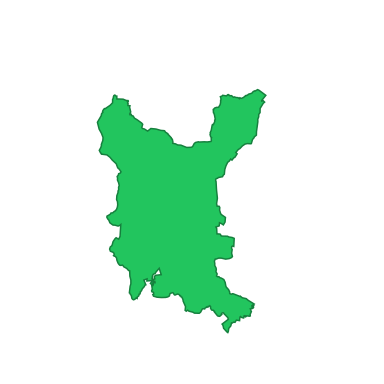 Bistrita, Bistrita-Nasaud, Romania, rotated 306°
{"feature_id": "2599482B91510163200898", "entity_name": "Bistrita", "entity_type": "district", "adm_level": 2, "iso_a3": "ROU", "parent_name": "Romania", "parent_adm1": "Bistrita-Nasaud", "projection": "albers", "projection_center": [24.486, 47.14], "detail": "fine", "context": "isolated", "style": "filled", "palette": "green", "viewbox_px": 384, "rotation_deg": 306, "n_neighbors": 0, "source": "geoboundaries", "source_scale": "gbopen_adm2", "svg_char_len": 6016}
<svg xmlns="http://www.w3.org/2000/svg" viewBox="0 0 384 384"><g transform="rotate(306 192 192)"><path d="M265.7,211.4L266.2,211.5L270.0,210.1L272.3,210.3L273.3,210.0L275.8,210.7L278.7,208.7L287.5,204.0L289.6,202.4L292.0,201.8L294.0,200.4L296.2,200.4L299.6,198.0L305.6,197.5L307.4,197.9L307.7,195.8L306.6,195.0L307.0,194.6L313.6,194.9L313.7,186.5L313.4,184.9L310.7,183.7L310.7,183.3L309.3,182.5L307.0,182.3L304.3,180.2L303.0,180.0L301.6,178.8L301.2,179.0L300.4,178.4L299.0,178.2L297.0,177.1L296.6,176.5L296.4,175.4L295.7,175.5L295.9,175.1L295.3,174.8L295.4,173.8L294.3,172.0L293.9,170.5L293.0,169.9L293.2,167.4L292.4,166.5L292.3,165.6L292.1,165.6L292.2,165.0L291.8,164.4L292.1,164.1L291.9,163.8L289.9,163.3L288.3,160.0L287.3,159.9L285.8,158.9L284.8,160.3L283.6,161.3L283.1,161.2L281.3,162.5L279.3,163.4L276.1,163.7L274.9,162.1L273.3,161.0L271.7,160.8L271.3,161.1L271.1,160.8L268.7,162.8L268.7,163.3L267.4,165.0L264.5,168.1L263.4,168.1L262.9,168.8L260.1,169.5L258.8,169.6L258.6,168.9L257.8,169.1L253.2,171.3L250.5,171.9L250.0,172.6L249.1,172.8L247.6,174.7L247.5,175.9L246.5,176.1L244.9,177.5L244.1,177.7L241.5,175.0L239.8,172.4L236.6,168.4L236.4,167.7L234.1,165.7L232.5,165.3L229.1,165.8L227.8,165.2L224.9,161.5L223.4,155.5L221.6,152.7L221.3,150.5L220.1,147.8L221.3,147.1L223.2,145.0L223.0,144.1L223.7,143.4L224.7,138.2L225.0,138.1L224.8,135.3L225.4,133.9L225.2,133.3L223.5,130.5L221.8,125.9L219.2,121.4L215.2,120.3L215.0,116.5L214.3,114.6L214.6,113.5L217.8,112.3L218.2,110.8L218.2,105.0L217.9,102.0L218.9,99.8L218.3,98.1L218.8,97.7L219.1,96.9L218.1,96.3L218.5,95.7L220.7,95.4L223.9,91.7L225.3,91.1L224.3,89.3L226.1,88.2L226.0,87.8L226.7,87.4L227.1,86.7L227.8,87.2L228.4,86.6L227.4,85.0L226.6,81.7L223.1,76.5L225.4,74.8L224.9,74.1L225.1,72.6L224.1,72.1L222.4,72.6L221.7,73.2L220.3,73.3L217.5,75.3L214.0,74.8L208.4,72.8L208.0,72.1L206.6,72.0L205.3,72.1L204.1,72.6L204.1,73.0L201.9,72.9L200.5,73.7L192.8,74.5L188.3,79.9L186.3,84.2L183.8,88.0L181.2,89.6L177.2,90.7L176.2,91.5L174.3,92.1L171.2,92.5L169.8,95.2L169.9,96.0L169.4,96.5L172.0,101.3L171.9,105.2L171.0,108.5L170.3,114.1L167.9,117.7L167.7,119.7L166.6,122.7L165.2,122.9L163.7,121.9L162.0,122.5L160.6,122.3L159.4,123.7L157.9,124.6L156.4,127.1L154.5,129.3L152.7,129.8L150.8,131.3L149.2,131.6L148.5,132.3L144.8,133.4L141.6,135.4L140.8,136.6L140.7,137.1L138.0,139.4L135.9,140.5L133.8,141.1L131.6,141.1L130.9,140.6L128.5,140.1L127.4,138.8L125.8,138.9L122.5,137.4L121.5,138.0L120.7,139.6L120.3,141.3L118.8,143.7L118.8,147.5L119.9,149.2L121.0,152.2L122.5,153.2L123.8,153.5L113.8,159.9L110.7,160.4L110.4,157.5L109.1,157.2L105.5,157.3L102.6,158.4L101.3,158.7L99.6,158.2L97.4,158.9L96.1,160.8L96.8,163.4L96.6,164.8L95.6,165.9L94.4,165.9L94.4,166.6L94.8,167.9L94.3,169.7L92.7,171.3L91.6,173.0L90.8,174.4L90.4,176.0L90.3,176.5L90.8,177.6L92.0,178.7L91.9,179.7L91.4,180.6L91.8,184.2L91.2,186.8L91.6,187.9L87.4,191.2L84.8,194.3L81.8,196.5L79.3,197.4L73.6,200.6L73.7,201.1L73.2,201.8L72.5,203.8L70.6,205.9L70.3,207.0L70.4,208.0L71.5,208.8L73.4,209.1L73.6,210.2L74.9,209.5L76.8,210.0L78.1,209.2L78.8,209.8L80.3,209.4L80.7,208.9L82.4,209.2L84.4,208.7L87.3,209.0L89.1,208.7L89.8,209.2L92.5,204.8L95.3,206.7L93.5,207.8L96.8,211.6L95.5,212.1L93.6,212.1L93.4,213.8L93.2,214.2L93.6,214.5L96.8,213.4L97.1,212.3L98.4,210.7L98.7,211.0L99.5,210.0L101.3,209.2L102.8,209.1L104.4,210.1L105.7,209.9L111.0,210.3L107.0,215.7L103.4,211.7L101.8,211.2L100.9,211.5L99.9,213.0L99.0,212.4L98.4,212.7L98.0,212.4L97.3,213.3L97.4,214.4L97.7,214.6L96.9,215.4L96.6,214.9L95.7,214.4L94.6,214.8L94.4,215.2L93.1,215.3L92.7,214.4L89.7,217.3L88.8,217.1L88.1,217.6L87.7,218.3L88.2,219.6L88.0,220.1L86.6,221.2L86.0,220.6L85.1,222.1L86.3,225.5L88.7,229.4L91.2,232.6L92.9,234.1L94.6,234.8L96.9,233.9L98.9,235.2L99.3,236.0L98.5,238.0L98.6,238.8L100.9,240.2L101.3,241.3L101.4,242.4L100.9,243.1L101.3,243.8L100.7,244.9L101.0,245.6L99.6,248.0L98.5,249.0L95.5,254.1L92.2,256.0L92.2,257.4L93.8,257.9L93.8,259.7L95.3,263.4L95.4,265.1L98.1,269.1L99.7,269.6L103.5,269.1L104.1,269.6L104.8,270.9L105.1,270.7L107.6,271.4L107.5,271.8L108.7,272.2L108.5,272.6L110.5,273.2L110.1,274.5L109.0,275.2L108.2,276.7L108.1,277.5L108.9,278.9L108.5,280.5L108.2,280.4L106.8,285.5L107.4,287.1L107.8,287.5L110.4,288.1L110.5,287.5L111.6,287.4L112.6,288.1L112.7,288.8L112.1,290.1L112.1,291.4L111.7,293.0L111.5,294.7L110.4,296.2L102.8,294.0L102.3,295.5L100.3,297.7L99.3,302.5L99.3,303.6L100.4,303.4L103.3,301.9L106.5,302.1L109.3,300.9L109.5,301.5L111.2,302.2L111.8,303.4L114.4,303.2L115.9,306.1L118.9,304.3L119.8,304.5L119.6,305.6L120.3,307.7L120.7,307.9L122.1,306.9L123.0,307.4L123.1,307.7L122.5,308.1L122.5,308.8L124.0,309.1L125.3,311.5L126.0,312.0L127.1,311.0L130.2,310.3L130.4,309.6L131.7,308.5L131.7,307.9L132.7,308.4L133.3,309.4L134.4,309.7L134.9,309.6L135.3,308.9L134.3,308.2L135.1,307.3L135.8,307.4L136.3,308.7L136.8,308.6L137.0,307.8L137.9,308.1L137.4,300.9L137.6,298.5L136.0,294.9L136.1,292.2L135.7,292.1L133.9,285.3L133.5,284.5L132.4,283.9L132.0,282.2L133.3,281.2L134.6,278.8L134.7,277.9L135.0,277.2L134.9,276.7L135.5,275.0L138.4,271.9L139.9,269.2L139.6,266.4L139.0,264.8L139.3,263.6L138.4,262.3L138.4,261.3L140.5,260.5L141.6,258.2L143.6,257.2L144.7,256.1L146.0,253.5L147.4,252.6L149.2,250.8L151.4,250.2L152.0,251.0L154.2,252.4L155.7,254.5L157.5,258.7L160.1,261.3L162.3,262.6L163.6,262.6L165.8,260.0L169.1,258.3L169.7,257.1L171.2,256.2L172.1,256.5L172.5,257.8L179.3,253.4L178.8,251.2L177.3,248.3L177.1,246.7L173.9,242.1L173.7,241.1L174.4,240.0L174.4,239.3L172.8,236.8L177.0,233.4L177.7,231.9L180.6,233.9L183.3,232.3L183.7,234.2L183.8,236.7L187.1,236.4L191.1,234.0L191.0,229.8L191.2,228.1L193.5,225.0L195.8,223.6L196.4,222.4L195.3,220.6L197.1,218.7L201.9,216.2L208.0,210.7L214.6,205.3L214.7,204.9L216.0,203.8L216.9,203.7L218.2,204.6L219.3,204.9L222.3,207.7L224.1,207.4L225.4,207.7L229.5,205.3L233.1,204.1L237.0,203.4L239.0,204.0L241.4,203.9L241.3,205.6L244.2,205.7L245.2,206.3L249.4,206.1L249.7,204.2L253.7,204.5L255.2,205.2L259.0,205.7L262.0,206.8L263.7,208.3L265.7,211.4Z" fill="#22c55e" stroke="#15803d" stroke-width="1.5"/></g></svg>